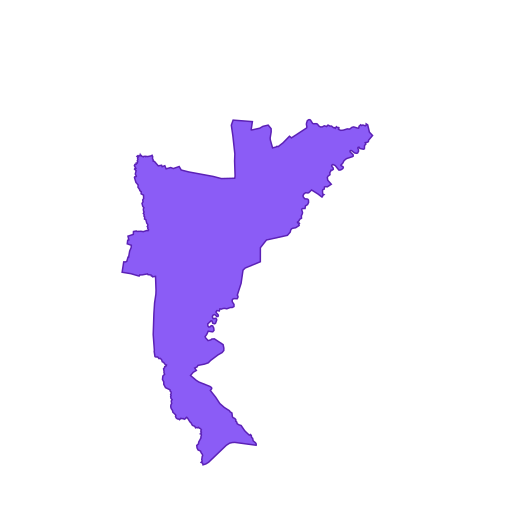 outline of Chaloem Phra Kiat, Nakhon Si Thammarat, Thailand, rotated 233°
{"feature_id": "78962969B27517873641345", "entity_name": "Chaloem Phra Kiat", "entity_type": "district", "adm_level": 2, "iso_a3": "THA", "parent_name": "Thailand", "parent_adm1": "Nakhon Si Thammarat", "projection": "albers", "projection_center": [100.025, 8.16], "detail": "fine", "context": "isolated", "style": "filled", "palette": "violet", "viewbox_px": 512, "rotation_deg": 233, "n_neighbors": 0, "source": "geoboundaries", "source_scale": "gbopen_adm2", "svg_char_len": 6139}
<svg xmlns="http://www.w3.org/2000/svg" viewBox="0 0 512 512"><g transform="rotate(233 256 256)"><path d="M293.5,424.1L295.2,423.5L294.1,422.5L294.2,421.6L296.3,420.2L296.7,418.8L297.8,418.6L297.6,416.4L296.4,415.1L296.5,414.5L300.3,411.7L301.0,410.1L301.0,407.1L302.6,405.4L304.0,401.4L305.4,399.2L307.5,398.1L308.4,399.4L308.8,399.4L309.7,398.3L310.9,398.0L310.3,396.1L311.2,396.0L311.8,395.1L314.3,394.5L315.3,393.2L317.1,392.4L317.3,392.0L316.9,390.3L318.9,388.9L319.2,386.7L320.2,385.2L321.7,384.5L324.5,384.4L325.5,383.7L327.1,381.4L328.0,381.0L331.5,381.3L332.4,381.1L333.1,380.2L333.2,378.5L332.0,376.7L331.0,375.6L328.3,374.2L327.8,373.4L329.0,355.4L331.5,354.8L330.1,345.6L330.0,339.5L331.0,338.7L331.0,337.5L332.4,334.3L340.1,337.3L341.7,338.3L346.0,342.8L348.6,344.7L353.2,344.5L355.4,339.5L355.8,336.0L359.2,328.4L359.7,328.1L365.5,334.0L378.3,319.5L375.3,315.0L366.0,309.9L350.2,300.5L344.8,296.1L332.4,287.4L330.9,285.8L338.7,274.9L345.3,269.7L363.6,252.9L369.7,248.0L373.7,248.5L375.6,242.6L378.0,241.1L379.7,236.7L383.0,237.5L383.8,234.8L385.3,235.2L386.8,232.2L392.6,231.8L393.7,231.0L394.6,231.7L396.1,232.0L397.6,233.3L399.0,233.6L399.1,232.5L400.6,229.3L401.6,228.3L401.7,227.7L402.3,227.6L403.1,226.2L403.0,225.7L404.4,224.8L405.3,224.9L405.5,224.3L406.6,224.5L406.0,223.7L406.4,222.4L407.2,222.2L407.2,220.9L405.8,221.2L405.5,220.3L404.2,219.9L403.7,218.7L402.4,218.2L402.3,217.5L401.7,217.1L402.3,216.1L401.4,215.4L402.0,214.4L401.3,213.2L398.2,212.8L398.2,212.3L398.7,211.8L398.5,211.3L396.3,211.6L394.1,208.9L391.8,208.5L391.6,208.0L392.2,206.7L391.9,206.2L387.1,204.4L383.7,204.6L381.9,203.1L379.6,203.1L378.0,202.6L376.4,203.0L374.8,201.7L372.3,202.8L369.5,200.8L369.0,199.3L367.3,198.4L366.6,196.6L363.9,195.5L362.0,195.5L361.3,194.2L359.5,193.2L358.5,193.1L357.8,191.6L356.4,191.7L355.3,190.5L354.2,190.6L352.6,189.2L351.4,189.9L347.9,188.5L346.5,188.6L345.4,187.9L344.9,186.8L344.0,187.0L343.3,186.2L341.5,185.9L341.2,184.9L342.0,184.3L343.3,180.6L344.9,179.1L347.3,175.7L348.0,175.5L349.3,172.9L347.1,171.0L348.9,165.7L345.4,164.1L345.8,163.0L343.2,160.5L339.6,162.9L337.8,161.3L336.0,158.1L331.7,153.5L332.1,153.1L329.5,149.6L329.7,148.4L330.9,146.8L323.6,139.3L317.1,145.5L310.9,150.1L310.3,150.8L310.9,151.7L309.4,153.8L307.0,158.6L306.1,158.5L304.1,160.7L303.0,160.4L302.3,161.1L301.6,160.9L300.2,163.5L288.9,155.6L285.8,153.1L279.6,146.8L271.7,140.0L255.1,126.6L241.9,118.1L241.0,117.2L236.5,114.8L235.8,115.1L234.5,116.7L232.4,116.8L231.9,117.9L230.0,118.2L227.9,117.5L226.7,118.2L224.0,118.2L222.8,118.9L222.3,118.1L222.6,116.5L221.9,115.9L221.6,114.3L219.3,113.2L218.1,112.2L216.6,111.9L216.2,109.4L213.7,107.0L211.0,106.6L209.0,105.1L205.3,104.5L200.9,106.8L199.9,106.2L198.5,106.3L197.4,105.7L196.7,104.4L195.6,104.2L195.2,103.3L193.4,102.4L191.8,102.6L191.2,101.0L189.0,99.9L188.2,98.3L186.8,97.1L185.3,96.5L182.6,96.3L181.5,95.6L177.5,96.2L176.9,96.0L176.4,95.2L174.7,94.8L173.2,95.2L172.2,96.2L171.3,96.4L171.6,98.4L170.8,98.8L169.7,100.3L168.8,100.4L168.5,102.1L169.0,102.8L168.9,103.6L167.8,103.8L163.1,103.4L162.3,103.7L159.0,103.3L156.8,104.6L155.1,104.3L154.6,105.7L153.8,106.1L153.7,107.0L152.7,107.1L151.7,107.7L150.1,107.8L149.4,106.5L148.2,106.4L148.1,105.8L147.2,105.3L147.3,104.6L146.5,105.0L145.9,104.7L144.5,102.9L143.9,102.7L141.9,98.3L140.6,97.0L140.4,94.7L138.2,93.4L136.0,93.0L133.6,94.3L131.9,93.8L129.9,93.8L128.6,93.2L128.2,92.3L126.0,90.1L124.6,89.6L124.2,87.9L122.7,88.7L121.1,88.0L120.1,90.9L119.8,94.1L122.7,118.4L122.4,122.3L121.3,124.8L119.9,126.9L104.8,142.2L105.6,143.0L107.1,143.2L110.1,142.5L112.4,143.6L113.8,143.3L115.6,144.3L116.8,144.0L116.5,143.3L117.1,142.8L121.1,142.1L123.4,141.8L129.6,142.1L131.4,140.8L133.4,140.0L135.0,140.7L136.3,140.4L137.1,141.2L137.7,141.4L139.3,141.2L140.6,140.4L141.8,140.4L145.1,142.3L147.4,141.5L148.3,141.7L154.2,139.5L160.0,138.3L167.5,138.8L176.1,138.6L176.7,140.8L177.7,141.3L179.6,140.7L189.8,134.5L192.8,133.4L200.0,131.8L200.9,135.9L200.5,139.5L203.4,139.6L202.9,142.4L203.6,143.7L200.7,149.7L199.4,153.6L199.9,156.9L199.9,166.2L199.3,170.8L199.9,173.4L201.8,174.9L205.0,176.4L214.9,172.9L216.3,170.7L216.2,169.3L217.3,166.8L221.0,166.5L222.3,166.9L222.9,169.2L224.7,172.6L221.7,175.5L221.5,176.0L221.9,177.7L223.9,178.9L226.3,179.3L227.3,178.4L227.1,176.4L227.8,175.5L229.2,175.5L230.8,176.6L231.3,181.2L230.5,181.7L228.2,181.0L226.7,182.2L226.7,183.3L228.6,186.2L229.3,186.5L230.5,186.4L231.7,184.1L233.1,184.3L234.1,184.9L234.6,186.2L234.3,187.5L233.2,188.1L231.2,188.2L230.6,189.3L231.0,190.0L231.9,190.4L234.8,190.1L235.6,190.7L235.9,192.0L234.2,193.6L235.5,195.4L234.4,196.4L234.0,197.9L233.0,199.5L231.4,200.9L230.4,204.3L229.1,206.2L228.9,208.0L230.6,209.3L233.7,209.5L235.2,210.5L235.5,211.4L235.2,212.8L233.2,215.2L233.8,216.6L234.7,217.4L236.0,217.5L243.1,227.6L252.5,237.1L252.9,240.2L248.8,256.0L260.0,264.5L262.5,274.0L253.6,293.5L254.5,297.7L255.9,299.4L256.3,300.7L256.1,301.9L254.7,304.7L254.4,308.8L255.4,309.1L255.8,310.3L256.5,310.3L257.5,309.2L258.1,309.5L258.2,311.5L259.0,312.9L258.8,315.1L260.8,316.4L261.9,318.5L262.8,319.4L265.4,320.3L265.9,320.9L265.9,321.7L264.4,323.7L266.3,325.7L266.0,328.1L267.1,330.2L269.0,331.5L269.8,331.6L270.7,331.2L272.3,329.4L274.8,329.3L275.9,329.9L276.7,331.5L276.7,333.7L275.1,335.4L274.8,336.3L275.3,340.1L268.2,342.8L263.5,344.1L263.3,344.6L264.2,345.8L264.1,347.2L265.5,346.6L268.4,348.6L268.7,349.3L268.4,350.7L269.9,352.2L269.6,353.2L268.3,354.6L268.0,359.3L273.3,358.9L275.8,360.2L276.4,361.5L276.4,364.0L278.3,365.2L278.6,366.5L279.4,367.5L278.7,368.6L278.7,369.9L279.9,370.6L281.9,370.5L282.9,371.1L282.8,372.5L280.6,373.7L274.8,373.9L274.0,374.9L273.6,376.4L273.6,378.1L274.3,379.1L275.1,379.2L277.0,378.3L277.5,378.5L277.9,381.0L279.2,383.8L279.3,386.9L277.3,392.8L277.3,393.8L278.5,394.5L282.4,393.8L283.3,394.3L283.4,394.9L282.8,395.7L278.9,396.8L277.5,398.1L277.1,399.1L278.0,401.0L279.4,401.9L281.0,402.2L281.3,403.0L280.9,403.8L279.4,403.7L278.8,404.1L276.6,406.1L276.4,407.1L278.9,409.2L279.3,411.1L280.8,411.5L279.9,413.3L279.7,414.6L280.7,415.5L282.1,421.6L286.6,421.1L293.5,424.1Z" fill="#8b5cf6" stroke="#5b21b6" stroke-width="1.5"/></g></svg>